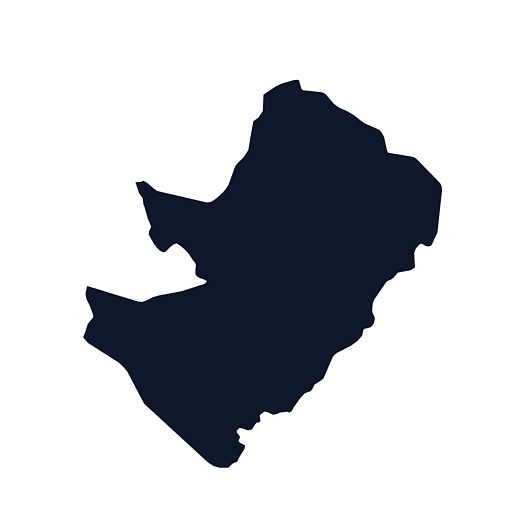 outline of Haut-Sassandra, rotated 226°
{"feature_id": "CIV-3446", "entity_name": "Haut-Sassandra", "entity_type": "Department", "adm_level": 1, "iso_a3": "CIV", "parent_name": "Ivory Coast", "parent_adm1": "", "projection": "mercator", "projection_center": [-6.612, 7.016], "detail": "fine", "context": "isolated", "style": "filled", "palette": "ink", "viewbox_px": 512, "rotation_deg": 226, "n_neighbors": 0, "source": "natural_earth", "source_scale": "10m", "svg_char_len": 2778}
<svg xmlns="http://www.w3.org/2000/svg" viewBox="0 0 512 512"><g transform="rotate(226 256 256)"><path d="M127.6,115.6L126.0,113.5L123.4,103.1L121.9,99.3L123.1,97.1L123.7,94.7L123.8,92.1L123.6,89.4L129.3,83.5L134.5,80.4L141.1,78.8L227.4,73.7L262.3,83.9L267.7,84.3L274.8,84.0L309.8,75.6L317.1,75.9L319.9,82.1L322.6,86.6L323.0,87.8L323.4,89.1L324.2,96.4L325.3,97.8L327.4,99.2L336.3,102.9L342.6,104.9L346.5,107.5L350.7,113.4L304.9,138.8L301.6,141.4L299.1,146.7L297.4,152.7L294.5,158.2L282.0,177.1L270.8,199.6L271.3,204.5L276.7,202.5L279.2,201.1L282.2,200.2L284.4,200.4L286.6,202.3L288.3,204.3L289.8,206.2L291.3,207.4L293.4,208.3L296.9,208.5L304.9,210.0L311.2,210.0L316.0,209.5L320.8,208.3L322.3,205.0L322.8,201.4L322.7,194.6L323.0,193.3L323.7,192.4L326.0,191.5L327.4,191.3L330.6,191.2L335.2,191.7L345.6,194.4L347.5,196.8L348.6,200.0L349.2,201.0L350.0,201.8L351.5,202.5L357.7,204.8L368.4,210.6L371.2,211.7L375.6,215.2L376.4,215.5L382.3,216.3L391.6,220.8L389.1,223.7L388.4,224.7L388.0,226.5L386.2,227.2L383.1,227.9L376.4,228.4L371.2,229.3L328.9,256.7L325.9,259.9L324.7,263.9L324.2,268.0L323.9,276.1L324.4,280.9L325.7,286.1L334.3,303.7L334.8,307.7L334.9,315.7L336.8,324.5L345.9,336.6L354.0,348.0L353.1,353.7L354.7,361.8L366.0,373.7L363.5,387.9L361.5,393.8L355.8,404.7L353.9,407.2L352.4,408.2L350.6,407.0L346.2,404.7L345.1,404.2L343.9,404.0L342.8,404.1L341.8,404.6L328.1,416.1L326.0,417.2L323.5,417.7L311.6,416.9L308.3,417.4L304.2,418.3L297.1,421.3L288.5,423.6L281.5,424.5L275.8,425.5L261.3,431.4L257.3,431.4L253.1,430.1L241.4,423.0L238.8,421.9L236.9,423.0L219.3,436.1L216.9,437.6L214.6,438.1L180.8,438.3L178.1,437.5L174.8,435.2L147.6,402.5L142.8,390.2L142.7,388.9L143.8,387.0L144.9,386.2L146.1,385.5L147.3,385.3L149.7,384.6L150.5,384.0L151.1,383.2L151.4,382.0L151.5,380.4L151.4,378.4L151.0,375.7L149.0,371.5L141.1,364.6L138.9,362.9L138.2,362.0L139.0,357.9L146.3,346.6L145.6,339.9L146.1,336.7L146.7,335.6L147.1,334.4L147.4,333.1L147.6,331.8L143.5,311.5L142.5,308.7L141.2,306.4L138.2,302.8L136.5,301.1L135.0,299.9L130.3,298.2L129.2,297.6L128.3,296.6L127.4,295.3L126.3,293.3L125.9,291.4L125.9,289.5L127.0,286.9L127.9,285.5L128.8,284.3L129.2,281.9L125.7,276.7L125.3,271.8L125.2,269.2L126.4,261.7L130.5,248.2L131.2,244.8L130.9,241.2L121.9,219.5L122.0,217.0L123.6,208.9L123.0,206.7L122.0,204.2L121.6,201.6L122.8,199.1L124.2,195.0L123.8,189.1L121.6,177.3L120.6,174.8L120.4,173.3L120.9,171.8L122.0,171.2L123.1,170.7L124.4,168.7L126.0,166.8L127.6,164.5L128.3,161.9L130.5,158.6L135.0,157.0L139.1,154.4L139.7,148.0L138.7,146.6L135.5,144.8L134.9,143.9L135.1,142.5L135.7,141.8L136.2,141.4L136.5,140.7L136.2,138.2L134.9,132.6L136.9,129.5L141.1,127.5L144.6,125.1L144.5,120.3L142.6,118.9L137.5,118.2L135.4,114.0L132.7,114.0L127.6,115.6Z" fill="#0f172a" stroke="#020617" stroke-width="1.5"/></g></svg>